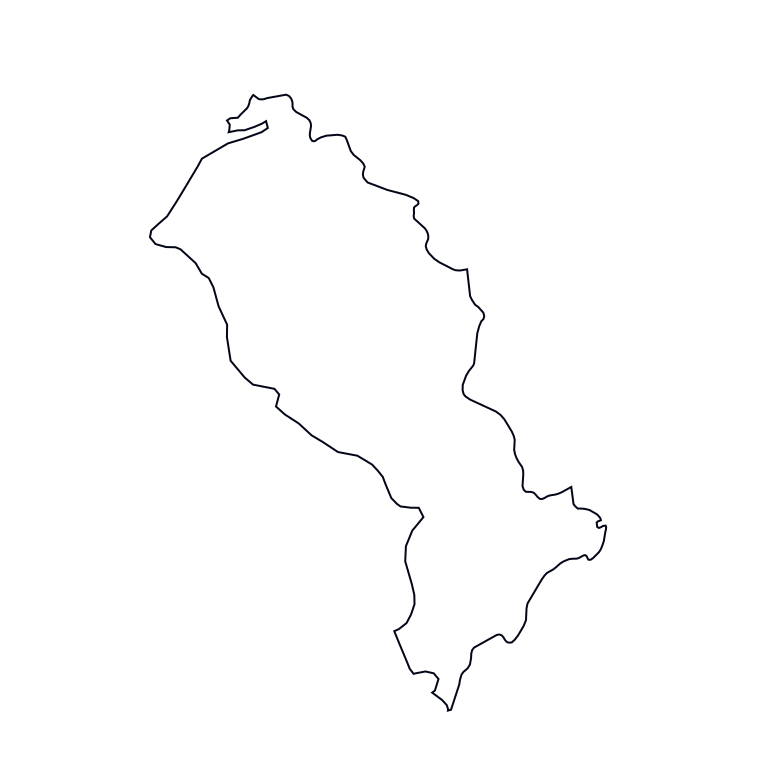 an SVG outline of Nicosia, rotated 240°
{"feature_id": "CYP-3464", "entity_name": "Nicosia", "entity_type": "District", "adm_level": 1, "iso_a3": "CYP", "parent_name": "Cyprus", "parent_adm1": "", "projection": "orthographic", "projection_center": [33.02, 35.04], "detail": "fine", "context": "isolated", "style": "outline", "palette": "ink", "viewbox_px": 768, "rotation_deg": 240, "n_neighbors": 0, "source": "natural_earth", "source_scale": "10m", "svg_char_len": 3436}
<svg xmlns="http://www.w3.org/2000/svg" viewBox="0 0 768 768"><g transform="rotate(240 384 384)"><path d="M628.1,254.7L633.3,259.2L635.4,268.6L637.6,279.9L645.7,295.6L653.0,308.9L665.6,331.5L670.2,339.0L670.3,353.5L670.4,369.2L666.8,384.4L663.3,403.9L663.8,411.4L670.6,413.3L670.5,408.3L671.5,400.1L673.5,390.0L676.7,384.4L679.7,375.4L680.9,376.7L685.7,380.1L690.7,379.8L691.0,383.8L687.7,390.5L689.1,394.8L691.3,403.3L692.6,405.6L694.6,407.8L697.0,409.9L698.8,413.3L699.5,414.7L699.6,415.3L693.4,418.0L691.9,419.9L690.8,422.2L689.9,426.1L683.5,443.9L681.0,445.7L678.1,446.3L675.1,446.0L672.3,444.9L670.1,443.5L667.2,442.9L663.4,444.0L653.2,450.2L649.6,451.3L646.6,451.0L643.9,449.8L638.1,445.1L636.3,444.0L633.9,443.2L630.6,443.3L629.4,444.4L628.9,446.1L629.3,448.6L629.1,452.9L627.8,458.4L623.0,468.5L620.0,472.2L617.5,474.1L614.8,473.9L602.3,471.7L597.5,472.3L589.6,475.4L585.1,476.3L581.7,475.9L578.3,472.2L575.9,470.4L572.8,469.4L566.8,470.5L550.4,483.9L537.0,497.4L530.1,502.7L525.3,505.0L523.0,504.1L522.4,502.1L522.3,500.0L521.8,498.2L520.5,497.3L516.7,495.3L514.7,493.7L512.2,492.8L498.8,497.1L495.8,497.5L492.6,497.2L489.9,496.3L487.5,494.8L484.4,490.7L482.3,489.0L478.9,488.2L474.7,488.3L467.1,490.2L461.5,492.9L449.1,500.9L446.8,502.8L445.2,505.1L444.1,507.0L441.8,513.3L417.0,502.5L413.0,502.2L407.3,502.5L403.3,504.2L396.1,505.7L392.6,504.7L390.5,502.6L389.7,499.7L386.5,495.4L381.2,490.1L357.0,472.5L355.7,471.0L355.0,469.7L354.2,467.5L352.7,463.8L350.1,459.2L343.9,451.8L339.4,449.0L335.3,447.9L332.4,448.4L327.4,450.8L304.3,467.1L298.9,469.5L293.1,470.6L278.8,470.9L274.3,470.4L270.3,469.3L261.9,463.8L257.7,462.4L253.3,461.7L249.0,461.6L243.3,462.1L239.7,461.3L236.2,459.5L226.3,452.9L222.5,452.1L219.7,453.0L216.8,457.7L214.8,459.4L212.0,460.1L209.0,460.6L206.5,461.6L205.3,463.6L205.0,466.1L205.1,468.9L204.6,471.8L202.5,477.3L201.8,480.4L201.4,483.6L201.2,494.7L185.2,488.1L182.3,488.5L179.1,489.6L177.8,492.1L175.5,495.4L172.2,498.9L164.6,503.3L160.1,504.3L157.6,503.8L157.7,502.3L158.1,500.6L157.7,498.9L153.7,497.2L151.9,498.1L151.5,500.2L151.6,502.6L150.6,505.1L148.9,504.8L147.1,503.5L145.2,501.7L137.9,495.7L134.5,491.8L132.4,489.0L130.9,486.1L128.7,478.0L128.5,475.4L128.8,474.3L129.8,473.1L133.8,473.4L135.3,472.6L135.8,470.6L135.9,465.8L136.3,463.8L138.7,459.3L139.8,456.6L140.3,453.2L140.6,449.8L140.4,446.6L139.2,440.8L138.8,437.9L138.9,430.6L137.8,427.1L135.8,422.8L122.2,398.6L118.5,395.3L108.5,388.9L104.6,383.9L99.3,374.5L97.2,369.5L96.3,365.5L97.3,363.2L98.9,361.5L101.7,360.8L104.6,360.8L107.4,360.3L109.4,358.7L110.3,356.1L110.7,330.2L109.4,327.2L106.8,324.7L103.3,322.5L98.1,318.2L95.9,314.1L94.9,308.7L93.5,305.7L89.6,301.7L86.3,299.1L68.4,279.2L69.2,276.1L70.3,276.9L74.6,277.8L81.3,276.3L92.6,271.4L93.1,274.9L101.3,283.7L108.6,282.4L114.3,276.2L117.4,267.4L118.2,264.7L124.6,263.9L130.8,264.8L151.7,267.5L164.8,269.3L164.3,274.4L165.7,284.0L170.8,292.1L178.0,300.3L186.2,304.8L196.6,308.0L219.8,313.7L232.6,321.9L242.9,335.2L249.0,351.6L259.4,352.2L263.5,345.3L269.7,337.1L273.8,335.2L281.6,333.3L297.0,335.3L304.2,336.5L311.9,335.3L320.2,333.4L335.2,325.1L348.1,310.1L364.5,301.9L375.8,295.6L392.3,290.5L407.2,282.9L418.5,279.2L427.3,288.0L434.6,286.7L448.9,270.3L459.2,266.6L480.8,262.8L503.1,271.4L513.8,277.8L534.0,279.6L553.0,284.6L563.4,285.2L570.6,281.4L582.9,281.3L602.4,275.1L606.6,271.9L611.6,263.7L619.4,256.1L628.1,254.7Z" fill="none" stroke="#020617" stroke-width="2"/></g></svg>